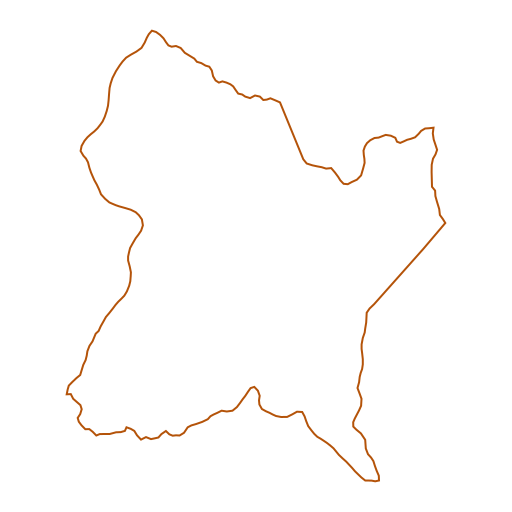 Mirabela, Minas Gerais, Brazil (Natural Earth projection)
{"feature_id": "56859067B89998695368113", "entity_name": "Mirabela", "entity_type": "district", "adm_level": 2, "iso_a3": "BRA", "parent_name": "Brazil", "parent_adm1": "Minas Gerais", "projection": "natural_earth1", "projection_center": [-44.162, -16.258], "detail": "fine", "context": "isolated", "style": "outline", "palette": "amber", "viewbox_px": 512, "rotation_deg": 0, "n_neighbors": 0, "source": "geoboundaries", "source_scale": "gbopen_adm2", "svg_char_len": 3729}
<svg xmlns="http://www.w3.org/2000/svg" viewBox="0 0 512 512"><path d="M66.7,394.3L70.8,394.1L73.2,398.8L77.3,402.4L80.4,405.1L81.7,409.2L80.2,414.1L77.7,417.9L78.8,421.7L81.5,425.3L85.3,429.2L89.3,429.1L92.7,431.8L96.3,435.5L99.7,434.1L103.8,434.0L109.7,434.0L116.0,432.3L120.8,432.1L124.9,430.9L126.5,427.3L130.7,428.8L134.3,430.9L137.0,435.3L141.0,439.6L146.0,437.1L151.0,439.1L154.9,438.3L158.4,437.5L161.4,434.1L165.9,431.0L169.3,434.3L172.7,435.7L176.0,435.3L179.6,435.5L184.0,432.8L187.7,427.3L191.4,425.4L195.9,424.1L202.2,421.9L207.8,419.2L210.5,416.2L213.6,414.5L217.4,412.8L221.6,410.7L226.8,411.5L232.5,410.7L236.9,407.1L240.1,402.9L242.7,399.2L245.2,396.0L248.1,391.6L250.6,388.1L254.3,386.9L257.9,390.7L259.7,395.8L259.0,400.3L259.4,404.5L261.9,409.0L266.0,411.3L269.5,412.8L272.7,414.5L276.0,416.0L281.1,417.0L287.2,416.9L292.4,414.3L297.0,411.7L302.2,412.0L304.6,416.4L306.2,421.1L308.2,426.1L311.6,430.6L314.2,433.8L317.3,436.8L320.6,438.7L323.5,440.6L326.9,442.9L330.6,445.8L333.5,448.3L336.2,451.6L338.9,454.9L342.5,458.3L346.3,461.7L349.0,464.6L352.1,467.9L355.0,471.3L358.2,474.4L361.3,477.4L365.2,480.5L371.5,480.6L375.2,481.3L379.0,480.5L378.8,475.7L376.6,470.6L374.9,465.9L373.4,461.1L371.1,457.6L368.0,454.2L365.8,448.5L365.2,439.8L360.9,433.4L356.3,429.6L353.3,426.6L353.2,422.2L354.8,418.5L356.9,414.5L359.0,410.5L361.1,405.8L361.5,398.8L359.8,394.1L357.5,388.0L359.1,382.2L359.7,376.9L360.7,372.9L362.1,369.1L362.8,364.4L362.8,359.2L362.2,353.7L361.6,348.9L361.6,344.4L362.8,338.0L364.7,332.5L365.2,328.6L366.2,322.5L366.7,312.7L369.6,308.5L374.1,304.2L423.4,248.8L445.3,223.0L442.9,219.1L439.9,215.0L439.2,209.0L437.0,201.8L435.4,196.1L435.1,190.6L432.0,186.8L431.8,179.3L431.6,172.0L431.7,164.8L433.0,158.7L435.5,154.4L437.1,149.8L435.4,144.6L433.7,139.5L432.8,133.4L433.5,127.7L429.5,128.2L425.1,128.5L421.1,130.9L418.7,133.8L415.1,137.3L410.9,138.8L407.1,139.8L403.7,141.4L400.2,142.9L397.0,141.7L395.3,137.8L390.8,135.7L385.7,134.9L382.2,136.2L378.6,137.6L374.5,138.0L370.3,140.2L367.0,143.1L364.9,146.5L363.5,150.6L363.8,154.9L364.4,158.9L364.6,162.9L363.1,168.6L361.1,175.4L356.9,179.7L351.6,182.1L347.8,184.2L343.6,183.8L340.3,180.3L338.2,176.9L335.1,172.7L331.2,168.1L326.1,168.6L321.7,167.2L316.9,166.3L312.3,165.3L306.7,163.5L303.3,159.3L280.0,102.4L275.2,100.3L270.4,98.3L266.8,99.6L263.3,100.0L259.9,96.6L255.0,95.5L250.1,98.1L245.2,96.6L242.2,94.5L238.2,93.6L235.7,90.1L233.2,86.4L230.4,84.3L226.5,82.6L222.4,81.4L218.9,82.6L215.6,80.5L213.1,76.3L211.8,70.5L209.3,66.7L205.5,65.6L201.3,63.1L196.9,61.8L194.3,58.6L190.2,56.1L184.8,52.8L180.7,48.0L176.0,46.0L171.6,46.7L168.4,45.4L166.0,42.2L163.5,38.3L160.1,34.9L156.1,32.0L151.9,30.7L148.8,34.2L146.8,37.8L144.7,42.6L141.5,47.9L136.4,51.6L131.0,54.6L126.1,57.7L122.6,61.5L119.7,65.4L116.0,71.1L112.5,77.9L110.7,83.3L109.6,87.9L109.1,93.5L108.6,100.3L108.0,105.8L106.7,111.0L104.8,116.7L102.6,121.5L100.3,124.7L97.5,128.3L94.2,131.5L90.8,134.2L87.5,137.2L84.5,140.8L81.6,145.9L80.6,151.0L83.4,155.7L86.0,158.6L88.0,162.3L89.4,167.8L91.0,172.5L92.8,176.7L94.4,180.3L96.8,184.6L99.2,189.7L101.0,194.3L105.1,198.8L109.3,202.4L112.7,203.9L115.8,205.2L119.0,206.3L125.4,208.1L130.7,209.7L135.7,212.2L138.9,215.2L141.9,219.4L142.9,225.4L141.1,230.7L138.4,234.7L135.7,238.2L132.6,243.5L130.1,248.0L129.0,252.4L128.1,256.6L128.1,260.5L129.7,266.4L130.9,272.3L130.7,276.2L130.3,281.2L129.2,285.7L126.9,291.4L124.3,295.7L121.4,298.7L118.3,301.7L115.6,304.8L112.7,308.7L109.3,313.0L105.9,317.0L103.7,321.0L100.7,326.3L98.6,331.0L95.7,333.7L94.0,337.8L92.5,341.4L89.5,345.8L87.4,351.2L86.7,355.8L85.6,360.1L83.3,364.8L81.8,369.7L80.2,375.0L76.4,378.1L72.1,382.2L68.8,385.6L67.7,389.4L66.7,394.3Z" fill="none" stroke="#b45309" stroke-width="2"/></svg>